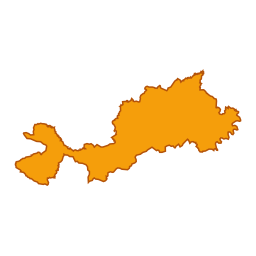 outline of Mae Chan, Chiang Rai, Thailand
{"feature_id": "78962969B91989740231276", "entity_name": "Mae Chan", "entity_type": "district", "adm_level": 2, "iso_a3": "THA", "parent_name": "Thailand", "parent_adm1": "Chiang Rai", "projection": "mercator", "projection_center": [99.757, 20.164], "detail": "fine", "context": "isolated", "style": "filled", "palette": "amber", "viewbox_px": 256, "rotation_deg": 0, "n_neighbors": 0, "source": "geoboundaries", "source_scale": "gbopen_adm2", "svg_char_len": 5833}
<svg xmlns="http://www.w3.org/2000/svg" viewBox="0 0 256 256"><path d="M187.2,78.7L185.8,78.1L184.3,79.7L183.3,80.0L183.5,80.7L182.1,80.8L180.9,82.1L180.2,80.1L177.6,78.6L176.9,79.9L176.7,79.7L174.8,81.1L170.8,87.0L168.0,88.1L167.8,89.3L166.8,90.7L161.1,88.2L160.5,87.6L160.3,85.9L159.8,85.5L158.0,86.8L157.1,88.3L155.8,88.0L155.1,88.3L154.4,87.6L152.5,87.1L149.0,87.1L147.2,86.3L146.2,86.6L145.2,87.5L144.8,88.9L146.4,89.7L146.5,90.3L145.0,91.5L144.1,93.4L143.1,93.6L140.8,95.4L140.1,97.4L140.4,98.7L139.7,101.7L138.8,102.0L136.3,101.2L134.2,101.6L133.2,101.1L133.3,100.3L131.7,98.5L131.3,99.4L131.8,99.5L131.7,99.9L128.5,102.0L127.5,101.9L127.8,100.9L127.4,100.6L126.8,100.6L126.1,101.4L122.6,101.7L122.9,104.6L121.5,105.4L121.0,104.9L120.5,106.2L119.9,106.4L120.4,106.8L120.6,110.8L119.6,111.7L119.3,113.1L118.6,113.5L118.9,115.2L117.8,115.4L117.3,116.1L117.7,118.3L116.3,118.3L114.5,119.7L114.7,120.2L113.0,120.8L112.3,122.0L112.7,123.8L113.7,124.3L115.3,127.2L114.9,129.5L114.2,130.7L114.4,131.2L115.1,130.5L116.3,131.1L116.2,133.0L115.8,134.0L116.2,134.5L111.6,137.5L112.7,138.4L112.9,139.2L113.6,139.2L114.0,140.8L114.4,140.6L114.4,141.0L115.0,141.1L115.2,142.6L113.8,143.6L109.9,144.0L108.1,145.3L103.0,147.0L101.0,147.0L97.0,144.6L94.3,147.1L93.4,145.4L91.1,143.7L89.4,144.2L87.0,143.6L84.3,144.5L84.0,147.7L85.3,148.7L84.5,148.8L83.0,148.0L81.9,149.2L81.0,149.7L80.2,149.2L80.0,150.2L78.8,150.1L78.3,150.7L76.8,150.6L75.7,149.9L74.2,150.2L73.4,151.0L70.3,148.5L69.8,148.8L69.8,148.2L68.8,148.8L67.8,148.5L67.8,146.9L67.0,147.0L65.4,145.5L64.2,145.4L62.7,141.7L61.3,140.9L61.4,140.1L60.9,140.2L61.4,139.6L61.0,138.7L60.4,138.9L60.2,137.7L58.9,137.5L58.9,136.3L57.8,136.1L58.1,135.6L57.8,135.1L57.2,135.1L56.3,133.4L55.3,133.0L55.8,131.8L54.6,130.9L54.9,130.1L54.2,128.0L54.4,127.2L52.7,127.7L52.1,126.9L51.4,127.7L50.6,127.0L50.9,126.2L49.9,125.5L48.5,125.7L48.8,126.7L48.0,126.8L47.9,126.0L47.3,126.1L47.3,125.4L45.9,124.1L45.5,124.4L43.9,123.7L43.2,123.9L40.6,123.3L38.6,124.1L38.0,123.6L36.6,124.6L34.9,124.5L33.5,127.9L34.0,129.4L33.3,131.5L33.7,134.7L30.5,135.0L28.7,133.6L26.1,132.6L23.7,133.0L23.5,133.4L24.3,135.0L27.0,138.5L30.5,138.8L36.6,141.4L40.6,141.7L43.5,144.1L45.8,144.9L46.7,146.1L45.9,150.6L42.0,153.4L41.5,154.5L40.9,154.5L39.7,152.5L38.1,152.2L36.9,153.2L33.4,154.0L32.3,155.1L31.3,155.1L31.4,155.8L30.7,156.3L25.9,157.1L24.7,158.3L22.5,158.5L21.7,159.4L20.9,159.6L20.2,160.5L18.4,161.4L16.8,161.6L16.0,162.1L16.0,163.0L15.6,163.3L15.9,163.8L15.4,164.7L16.1,166.4L16.1,167.5L20.4,170.0L21.0,170.9L20.4,171.8L23.6,172.4L25.4,174.2L26.0,175.8L26.8,175.9L27.7,177.1L29.5,177.8L30.1,178.7L31.4,178.6L34.1,180.9L37.5,182.1L38.5,183.6L43.3,184.4L45.0,183.9L47.2,185.1L48.1,184.4L48.5,182.5L47.3,179.9L47.5,178.1L48.5,178.3L49.5,177.4L50.3,177.9L53.2,177.4L54.0,177.9L54.8,177.8L54.3,176.7L54.9,176.7L55.0,176.3L54.6,175.8L55.4,173.8L56.3,173.4L56.8,171.9L56.2,170.7L56.9,170.2L58.1,170.3L58.2,169.2L57.7,168.8L58.9,166.9L58.0,165.7L58.3,165.1L59.0,164.9L58.5,163.0L60.9,161.7L62.2,160.1L63.2,156.5L64.0,155.5L64.0,154.2L65.5,155.0L67.7,155.1L69.6,156.5L73.0,156.7L75.4,161.7L77.3,161.3L78.8,163.0L82.5,163.3L86.0,164.7L87.5,166.7L87.8,170.0L89.4,171.4L89.4,174.4L88.1,177.1L88.4,182.4L89.4,181.3L92.3,180.4L93.3,178.6L94.3,178.0L95.4,179.0L98.5,179.4L103.5,181.5L105.3,180.8L106.6,179.5L106.9,178.6L106.2,178.1L106.8,176.8L106.4,176.3L107.4,176.3L107.9,175.8L107.9,173.0L108.3,172.6L110.2,171.8L112.4,172.3L113.5,172.1L116.3,168.8L117.7,167.9L120.0,168.2L121.8,169.2L127.6,169.7L129.3,168.2L129.7,167.4L129.6,166.5L131.4,165.8L131.9,164.0L134.8,162.9L136.2,161.6L136.1,159.7L135.1,157.1L136.4,155.2L140.4,154.2L142.9,152.4L146.3,151.3L147.6,149.9L152.0,147.2L156.5,150.6L157.5,150.1L158.8,150.4L159.7,152.3L162.1,152.3L165.4,151.2L165.3,146.9L167.1,145.8L169.4,145.2L171.2,146.3L173.1,146.0L174.5,147.7L175.2,147.8L176.0,146.2L178.6,144.2L180.1,146.9L182.3,145.5L183.0,143.9L187.5,139.2L188.3,139.8L188.3,140.5L189.1,141.1L189.8,143.3L190.6,142.6L190.5,142.2L191.6,141.7L193.6,141.7L194.2,142.5L195.8,142.5L195.8,143.6L197.1,144.4L197.2,144.9L196.1,146.5L197.8,147.7L197.8,148.1L198.7,149.1L198.8,150.2L200.1,151.9L202.5,152.0L202.7,151.3L205.4,151.0L209.0,149.1L212.1,149.2L213.8,150.5L214.2,149.0L215.4,148.7L216.7,150.2L217.5,150.3L217.5,149.6L216.5,148.3L215.5,144.2L215.6,143.1L216.2,142.2L217.2,141.7L218.6,143.1L221.0,143.1L221.5,141.8L220.4,140.5L219.9,139.0L220.8,137.9L222.1,138.0L223.8,139.0L226.0,138.4L228.3,139.2L229.0,137.3L228.1,134.7L228.1,132.2L229.1,131.9L230.4,132.3L231.8,134.3L232.9,134.6L233.8,133.2L233.1,130.7L233.5,129.5L234.8,129.2L236.9,130.0L237.8,129.6L236.8,126.5L234.9,125.4L232.5,125.7L232.0,124.1L232.5,123.3L235.7,121.1L237.3,120.7L239.7,121.3L240.6,120.8L240.6,119.9L239.6,117.3L236.7,115.2L236.8,114.4L238.4,112.8L238.6,111.9L237.8,111.3L236.1,111.1L236.3,110.4L235.9,109.5L234.6,110.2L234.2,108.9L232.9,108.1L230.9,108.3L228.5,106.4L228.0,107.1L228.1,108.4L225.7,107.1L225.5,108.9L225.8,109.7L224.6,110.9L225.1,112.6L224.2,113.7L222.8,113.7L222.3,114.4L221.1,114.5L219.5,113.9L218.9,112.5L219.9,111.6L220.4,109.4L219.4,108.1L217.7,107.2L216.9,107.8L216.1,107.6L216.5,101.0L216.2,99.1L214.0,98.5L213.6,97.7L212.0,96.4L210.7,96.2L208.0,94.3L207.4,93.4L206.6,93.4L205.6,91.5L203.7,89.8L200.0,89.9L200.2,88.1L199.8,87.7L200.2,87.3L199.7,86.7L200.9,84.8L200.6,84.2L201.4,83.5L199.8,82.8L200.3,82.0L200.0,81.1L200.4,79.5L201.3,79.0L201.6,75.8L203.0,74.8L202.5,73.6L203.6,73.5L203.5,71.8L202.9,71.8L202.8,70.9L202.1,71.8L201.4,71.6L201.6,72.3L201.2,72.7L200.9,71.9L199.3,73.7L198.7,73.3L198.1,74.0L197.6,73.6L197.2,74.3L196.5,73.9L196.5,74.3L195.9,74.5L195.3,74.2L195.3,73.4L194.6,73.5L194.8,74.0L194.2,74.4L194.6,75.0L192.7,76.1L191.2,78.0L190.5,77.9L190.3,77.2L189.6,78.0L188.7,78.1L188.2,77.5L187.6,77.7L187.2,78.7Z" fill="#f59e0b" stroke="#b45309" stroke-width="1.5"/></svg>